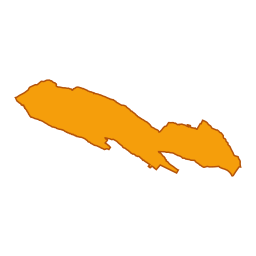 Contla de Juan Cuamatzi, Tlaxcala, Mexico
{"feature_id": "50627088B55272636333464", "entity_name": "Contla de Juan Cuamatzi", "entity_type": "district", "adm_level": 2, "iso_a3": "MEX", "parent_name": "Mexico", "parent_adm1": "Tlaxcala", "projection": "mercator", "projection_center": [-98.137, 19.32], "detail": "fine", "context": "isolated", "style": "filled", "palette": "amber", "viewbox_px": 256, "rotation_deg": 0, "n_neighbors": 0, "source": "geoboundaries", "source_scale": "gbopen_adm2", "svg_char_len": 5804}
<svg xmlns="http://www.w3.org/2000/svg" viewBox="0 0 256 256"><path d="M25.5,109.0L26.5,110.0L27.1,111.4L28.0,112.5L28.6,114.0L29.4,115.1L30.1,116.3L30.6,116.7L31.1,117.3L31.6,117.1L32.4,117.5L33.5,117.8L34.4,118.4L38.5,119.5L39.4,120.2L40.9,120.5L42.9,121.4L45.0,122.8L46.4,123.5L48.6,125.0L50.7,125.9L51.6,126.6L52.5,127.0L53.8,127.1L54.7,127.5L55.5,127.6L56.2,127.9L56.7,128.4L58.9,129.1L60.2,129.4L61.0,129.4L61.5,129.7L62.2,129.7L62.4,130.0L63.1,130.1L64.1,130.6L65.0,131.4L66.0,131.7L66.5,132.2L67.2,132.3L67.5,132.7L68.0,132.7L69.0,133.1L69.6,133.6L69.9,133.6L70.6,133.5L71.2,134.1L72.2,134.6L72.8,134.6L73.0,134.3L73.9,135.1L75.1,135.3L75.3,135.9L76.4,135.9L77.0,136.6L78.2,136.6L79.1,137.0L81.5,137.3L83.3,138.0L85.4,139.1L86.5,140.1L87.3,140.5L88.0,141.6L88.4,141.9L89.8,142.2L90.8,143.3L92.4,144.0L93.4,144.7L94.6,145.3L96.7,145.7L98.9,146.8L99.4,146.8L100.1,147.4L100.8,147.7L101.4,148.1L102.9,148.6L104.3,149.5L105.8,149.1L106.1,148.8L106.8,148.8L107.6,148.9L108.9,149.5L110.4,147.3L110.1,147.0L109.3,146.4L109.2,146.0L108.5,145.4L108.1,145.4L107.9,144.9L106.6,143.9L105.6,143.4L105.2,143.0L107.4,140.3L107.3,139.8L105.6,138.8L105.3,138.3L105.2,137.9L105.9,137.9L107.0,138.4L107.6,138.3L108.2,138.6L109.9,138.8L111.6,139.6L112.1,139.6L112.8,139.3L113.5,139.4L116.8,141.3L118.7,143.2L122.4,146.2L122.7,147.0L123.2,147.5L123.9,147.9L125.1,148.2L126.6,149.5L128.4,150.6L129.3,151.6L130.0,152.0L131.0,153.1L132.0,153.6L132.4,153.8L132.7,154.1L133.5,154.0L133.9,154.1L135.7,155.4L136.0,155.9L137.2,156.1L137.4,156.3L137.9,156.5L138.8,156.3L139.2,156.5L140.9,158.2L141.9,158.9L142.2,159.5L142.9,160.3L143.4,160.1L143.7,160.1L144.1,160.7L144.5,161.0L146.5,162.4L146.9,162.4L147.4,163.0L148.7,163.8L148.9,164.1L149.6,164.3L149.9,164.6L148.3,166.3L149.5,167.4L149.8,167.0L150.6,167.6L151.8,166.1L153.8,167.4L154.1,167.6L154.0,167.8L156.3,169.6L160.2,165.0L176.6,173.0L178.3,170.0L177.7,169.8L176.9,169.3L174.8,167.8L173.6,166.8L170.3,164.6L169.0,163.5L168.3,162.4L167.1,161.4L166.4,161.1L166.1,160.8L166.3,160.1L165.9,159.6L165.5,159.4L165.4,159.0L164.9,158.5L164.8,157.6L164.5,157.4L163.8,156.5L163.2,156.3L160.6,153.1L160.1,152.8L159.4,152.8L158.7,152.0L158.6,151.6L163.9,151.7L164.9,151.8L166.4,152.3L168.6,152.2L169.8,152.6L171.1,152.8L172.2,152.8L173.8,153.3L174.8,154.0L176.6,154.8L177.7,155.5L179.0,155.7L180.8,156.5L182.0,157.4L182.5,158.1L184.7,158.2L185.1,158.6L186.0,159.1L187.0,159.1L187.9,159.4L189.4,159.5L190.3,160.0L191.0,160.2L194.7,160.4L195.5,161.7L197.3,163.0L198.5,163.7L199.9,165.1L200.5,165.2L201.9,166.3L203.5,167.2L204.4,167.2L207.2,166.4L209.5,166.9L213.9,166.8L216.3,166.6L217.2,166.5L218.9,166.4L219.8,167.3L220.6,167.7L222.6,168.5L224.7,169.1L227.5,170.4L229.8,172.4L231.2,174.3L231.9,175.7L232.1,175.9L232.8,175.8L233.3,175.4L235.6,171.8L238.9,167.1L239.6,166.8L240.6,167.0L240.2,165.0L240.1,163.4L240.2,161.9L240.1,161.2L239.8,160.3L239.0,159.2L238.5,158.2L238.3,157.2L238.1,156.8L237.4,156.5L234.9,155.8L234.3,155.4L233.7,154.7L233.1,153.0L231.1,149.2L229.9,146.5L227.9,144.5L228.0,143.1L226.2,141.4L226.0,141.0L225.8,139.8L225.6,139.4L224.9,138.7L223.8,138.3L223.6,138.0L223.2,136.8L223.3,135.8L223.1,135.4L221.4,133.2L221.1,132.9L219.8,132.4L218.7,131.1L217.3,130.0L216.9,130.1L215.9,129.8L212.0,128.2L211.6,127.7L211.3,127.1L210.6,126.0L208.4,124.5L207.4,123.0L207.1,122.7L206.4,122.1L204.5,121.0L203.7,120.8L202.7,120.2L202.5,120.3L202.6,120.9L202.0,121.6L201.5,122.7L201.2,123.7L200.3,123.6L197.0,129.2L196.7,129.2L196.3,129.1L195.4,128.1L195.0,128.0L194.5,128.4L193.5,128.0L191.6,127.7L191.1,127.5L190.6,127.1L190.4,125.7L190.0,125.4L188.8,125.2L187.9,124.8L187.6,124.8L187.8,125.1L188.6,125.4L188.9,125.7L188.9,125.9L188.6,126.4L189.0,126.9L188.9,127.0L187.9,126.5L187.2,126.3L184.9,125.0L183.7,124.8L181.8,124.1L181.6,124.2L179.8,124.3L179.9,124.5L179.2,124.8L178.5,124.5L178.1,124.5L177.7,124.7L176.3,123.9L175.6,123.2L174.6,123.3L173.5,122.7L172.9,122.6L170.6,122.7L169.2,122.6L168.6,122.6L166.5,125.9L166.0,126.2L164.8,126.4L164.6,126.5L163.1,128.0L161.7,129.9L160.1,131.6L159.1,132.1L158.3,130.6L156.9,129.7L155.3,129.1L153.9,128.1L151.7,127.1L151.3,126.8L150.3,125.2L149.1,123.9L146.9,122.0L145.5,121.4L143.0,119.7L141.5,119.0L141.3,118.7L140.4,118.3L140.0,117.8L139.5,117.7L138.7,117.0L137.6,116.6L137.2,115.8L136.6,115.5L136.3,115.1L135.7,114.7L135.5,114.2L134.2,113.2L133.8,112.8L133.4,112.6L132.5,111.9L132.0,111.3L131.6,111.1L131.0,111.1L130.5,110.6L130.2,110.1L129.6,109.4L126.7,107.3L126.4,106.8L125.9,106.2L124.3,105.5L122.8,105.2L121.6,105.3L120.8,104.7L119.8,104.3L118.5,103.4L116.2,102.2L115.9,101.4L114.9,101.0L114.2,100.4L113.6,100.2L113.2,99.7L112.6,99.7L111.5,99.4L111.0,99.5L110.7,99.1L109.7,99.0L109.5,98.7L109.1,98.5L108.2,98.3L108.1,98.1L107.8,98.0L106.5,97.5L105.7,97.0L104.4,96.5L103.6,96.3L100.4,94.9L99.8,94.9L98.0,94.1L95.2,93.6L94.5,93.1L94.3,93.0L93.8,93.4L93.5,92.8L93.2,92.6L91.9,92.3L91.4,92.0L90.9,91.8L90.3,91.9L89.8,91.7L89.1,91.3L88.1,91.1L87.4,90.4L86.6,90.2L86.0,89.8L85.6,89.6L84.6,89.3L83.5,88.6L82.7,88.7L81.9,88.2L78.5,87.2L77.2,87.1L76.1,87.4L74.5,88.5L73.7,88.7L73.5,88.8L72.6,90.1L72.0,90.1L71.6,89.3L71.0,89.0L70.0,88.9L68.5,88.2L67.3,88.3L64.8,87.8L64.4,87.9L63.0,87.8L59.8,87.1L58.0,87.0L56.7,86.4L56.2,85.9L56.4,84.4L56.3,84.0L55.4,83.6L55.3,83.2L55.0,82.9L53.6,82.5L53.0,82.2L52.6,81.7L51.4,80.8L50.8,80.9L49.5,80.1L48.9,80.2L48.1,80.1L46.4,80.3L44.2,81.4L43.4,81.5L41.3,81.3L37.2,84.7L36.9,84.8L35.3,84.7L30.0,87.1L29.2,87.9L28.2,89.9L24.5,92.7L22.7,93.7L19.3,95.5L17.0,97.1L15.4,97.6L15.6,97.9L16.4,99.8L17.0,101.0L18.8,102.4L19.4,103.0L20.3,103.3L20.9,103.9L21.0,104.3L21.5,104.5L21.3,104.7L21.4,105.0L22.2,105.2L22.9,105.6L23.1,105.6L23.4,105.2L23.6,105.2L23.8,106.1L24.5,106.8L24.6,107.1L24.4,107.5L24.8,107.8L24.8,108.3L25.3,108.5L25.5,109.0Z" fill="#f59e0b" stroke="#b45309" stroke-width="1.5"/></svg>